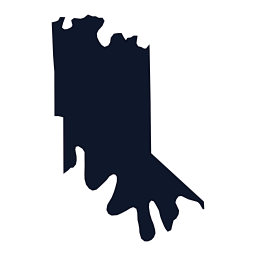 Cerro Largo, Rio Grande do Sul, Brazil
{"feature_id": "56859067B85227915842878", "entity_name": "Cerro Largo", "entity_type": "district", "adm_level": 2, "iso_a3": "BRA", "parent_name": "Brazil", "parent_adm1": "Rio Grande do Sul", "projection": "equal_earth", "projection_center": [-54.733, -28.138], "detail": "fine", "context": "isolated", "style": "filled", "palette": "ink", "viewbox_px": 256, "rotation_deg": 0, "n_neighbors": 0, "source": "geoboundaries", "source_scale": "gbopen_adm2", "svg_char_len": 1801}
<svg xmlns="http://www.w3.org/2000/svg" viewBox="0 0 256 256"><path d="M52.5,23.0L53.9,56.3L54.6,65.6L55.1,71.8L55.1,81.4L55.2,106.0L55.2,115.3L58.5,115.3L64.0,116.7L64.2,172.4L67.7,169.7L70.3,167.0L72.8,166.9L75.2,164.1L75.9,160.3L75.8,156.6L74.5,149.5L75.2,146.2L78.3,145.3L83.0,148.2L85.3,151.9L85.3,156.9L85.4,165.9L85.2,172.9L85.3,179.0L86.7,184.2L89.5,188.0L92.7,189.8L96.2,188.9L99.4,186.0L103.6,182.0L106.1,179.5L109.0,175.7L112.9,173.5L115.8,173.9L117.6,176.6L117.6,181.5L116.3,186.6L114.7,192.0L112.4,197.7L110.2,201.4L108.0,205.1L107.2,209.8L108.9,213.2L111.7,214.8L117.0,214.4L121.1,212.6L126.2,209.9L130.1,207.5L133.4,206.3L137.0,208.3L138.0,212.6L138.3,219.9L139.2,223.8L140.0,228.7L140.1,232.1L141.8,238.1L144.8,240.6L148.0,240.6L151.1,239.2L153.3,236.8L154.7,233.2L154.3,229.6L152.8,224.2L151.0,219.9L149.2,213.9L148.2,207.2L148.5,202.9L150.9,199.7L154.1,200.6L156.4,204.3L159.6,210.3L161.1,216.9L162.9,221.6L164.5,225.4L166.1,228.5L167.9,230.8L170.5,229.6L171.7,224.5L172.9,219.9L175.7,218.0L177.9,214.1L178.3,210.6L176.8,207.3L174.6,202.5L175.7,199.0L178.2,195.6L181.7,195.2L184.3,196.5L188.6,198.6L192.1,199.6L195.4,200.5L198.2,201.4L200.4,203.6L203.5,209.0L203.1,201.9L150.4,153.6L150.2,137.3L149.9,108.4L149.9,104.3L148.8,46.3L146.4,49.3L143.8,49.3L141.1,47.8L137.6,46.9L135.7,43.5L136.1,40.3L136.7,36.4L133.8,36.4L131.1,38.2L127.8,38.6L125.9,41.7L123.1,37.6L121.1,33.8L118.1,33.8L114.3,34.4L111.5,38.0L110.9,42.5L108.9,46.0L104.5,47.8L101.1,45.5L98.7,42.2L96.5,37.6L96.1,33.3L97.9,29.7L101.8,25.4L103.7,21.0L102.1,18.5L98.6,18.6L95.5,17.0L92.2,17.1L88.1,15.4L84.5,18.3L80.9,19.5L77.8,19.2L74.2,18.8L72.0,20.5L73.3,25.3L71.8,27.8L67.4,29.9L63.9,30.1L61.1,27.8L62.4,22.6L64.2,17.9L60.5,17.8L58.9,20.8L56.4,22.1L52.5,23.0Z" fill="#0f172a" stroke="#020617" stroke-width="1.5"/></svg>